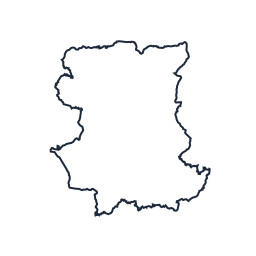 Moyahua de Estrada, Zacatecas, Mexico (orthographic projection), rotated 343°
{"feature_id": "50627088B96990632863849", "entity_name": "Moyahua de Estrada", "entity_type": "district", "adm_level": 2, "iso_a3": "MEX", "parent_name": "Mexico", "parent_adm1": "Zacatecas", "projection": "orthographic", "projection_center": [-103.164, 21.196], "detail": "fine", "context": "isolated", "style": "outline", "palette": "slate", "viewbox_px": 256, "rotation_deg": 343, "n_neighbors": 0, "source": "geoboundaries", "source_scale": "gbopen_adm2", "svg_char_len": 5771}
<svg xmlns="http://www.w3.org/2000/svg" viewBox="0 0 256 256"><g transform="rotate(343 128 128)"><path d="M192.9,191.7L191.1,190.6L189.9,190.3L190.4,189.2L189.9,188.2L188.7,187.9L188.0,190.9L184.4,191.6L183.4,193.1L182.3,192.7L182.0,192.4L182.4,190.9L182.0,190.4L182.5,190.0L182.2,189.5L181.5,189.4L182.3,188.1L182.6,185.4L183.6,184.2L180.9,184.2L180.3,183.6L179.0,183.5L177.5,183.5L176.9,183.9L176.4,182.4L176.9,182.1L177.1,181.5L176.7,181.1L175.8,181.1L175.4,180.6L173.9,179.8L173.0,180.7L172.6,180.4L172.1,179.8L172.4,177.6L172.1,176.9L171.2,176.8L171.2,176.2L170.4,175.7L170.2,174.5L169.3,173.5L169.6,173.1L169.0,172.9L169.0,172.2L168.5,172.2L168.4,170.4L170.3,170.0L170.2,169.2L172.9,167.6L177.2,166.5L177.8,165.7L179.3,165.8L180.8,164.7L182.3,162.8L182.8,159.8L183.9,158.6L184.1,157.3L184.9,156.3L181.3,149.8L181.3,149.0L182.3,147.6L182.4,146.7L180.5,145.1L180.5,143.6L179.0,141.4L178.8,139.1L177.5,137.3L177.0,134.2L177.3,131.5L177.1,129.5L177.6,128.1L178.5,127.6L179.1,126.5L180.2,126.6L180.4,124.1L181.2,123.9L181.6,123.1L182.9,122.1L184.5,122.3L184.6,121.7L186.2,119.2L186.3,118.9L185.1,118.5L181.4,117.7L180.9,116.8L181.2,115.6L183.2,113.7L183.8,110.1L184.8,108.8L185.8,104.9L186.4,104.3L186.9,102.8L189.8,98.8L193.0,96.1L193.6,95.2L193.3,93.9L190.2,92.2L188.5,89.3L189.9,89.5L193.1,86.5L194.6,86.0L194.9,85.5L196.2,84.9L197.5,84.7L199.0,83.6L200.1,83.5L201.5,82.1L203.4,80.8L203.9,79.5L205.8,78.9L207.0,77.6L207.3,74.0L206.7,72.2L206.7,70.5L208.3,66.4L208.7,64.4L208.1,63.0L207.6,62.5L206.8,62.5L204.4,63.5L204.0,62.9L201.8,62.5L201.0,62.9L200.7,63.7L199.8,63.8L198.2,63.6L197.3,63.0L192.9,62.5L190.1,61.3L187.7,61.2L186.9,60.6L185.7,61.5L184.6,61.6L180.6,60.0L180.5,59.1L179.6,59.1L179.3,58.2L178.7,57.8L176.3,57.4L176.3,57.0L175.0,56.8L174.2,56.1L172.8,55.9L170.2,56.2L169.7,56.7L166.7,57.4L165.9,57.8L164.0,60.5L162.4,60.9L161.6,60.1L161.8,59.8L160.4,57.1L158.6,55.6L158.9,54.4L159.7,53.4L160.0,51.8L159.7,49.1L159.5,48.6L159.1,48.7L158.7,47.4L156.5,46.5L155.7,46.8L155.0,46.2L151.9,45.5L145.4,42.6L142.5,42.0L141.9,42.9L140.6,42.7L139.3,43.3L138.1,44.6L134.4,44.6L132.6,43.9L131.8,44.9L130.6,45.1L130.2,44.8L130.6,43.3L128.8,42.8L125.4,43.7L124.1,43.5L124.5,42.7L122.8,42.2L123.6,41.6L124.1,41.7L124.1,41.3L122.0,41.2L120.8,41.6L119.7,40.8L116.5,40.9L115.1,40.2L113.7,39.0L111.4,39.4L110.7,38.1L108.9,36.7L106.8,37.9L104.6,37.4L103.2,38.4L101.5,37.8L100.7,36.8L100.5,35.9L99.2,35.0L96.9,34.9L94.9,36.0L92.7,36.1L91.2,36.8L89.2,38.8L88.5,40.8L87.7,41.8L85.7,43.3L84.7,43.4L85.1,44.4L85.4,46.5L85.0,46.8L84.7,48.7L84.3,49.3L84.8,50.5L84.4,51.4L85.2,52.0L85.2,52.5L85.6,52.7L86.1,52.2L86.8,52.2L87.4,52.9L88.7,53.4L88.2,54.5L89.5,56.0L89.1,57.7L89.5,59.6L89.1,61.4L90.0,62.1L89.9,63.7L89.4,63.8L88.1,63.1L88.5,62.4L87.5,61.1L86.2,60.9L86.2,60.1L85.0,59.9L85.5,59.3L85.0,58.6L84.5,58.5L84.1,59.1L83.6,59.1L83.2,58.2L82.7,58.7L82.3,58.4L81.4,58.9L79.3,58.9L74.8,62.6L74.7,63.8L73.6,63.8L73.0,64.8L72.1,64.5L71.7,64.9L71.9,66.2L70.7,66.7L70.4,67.9L72.6,71.6L71.8,73.0L72.2,74.5L71.5,75.1L70.0,75.5L69.7,76.5L70.5,77.6L70.7,78.8L70.6,80.5L70.9,81.0L72.4,81.8L72.4,83.2L73.4,84.3L73.4,86.4L79.2,90.0L79.9,92.8L80.3,92.5L81.2,92.6L82.5,92.9L83.1,93.4L83.7,93.0L83.7,93.4L84.5,93.3L84.8,94.1L85.6,94.4L86.4,94.1L86.6,94.6L86.3,95.2L86.6,95.5L88.9,95.6L89.3,96.0L89.3,97.3L87.7,97.9L87.8,98.6L85.0,104.5L83.8,106.3L82.1,107.7L81.9,108.4L82.5,110.3L83.2,111.9L84.7,113.4L84.5,117.0L80.6,120.6L78.9,123.0L78.7,124.3L77.9,124.9L77.3,124.9L76.5,123.3L75.6,122.8L73.8,123.5L71.6,125.2L69.4,125.7L65.5,125.3L63.8,125.4L62.7,125.9L60.8,125.8L58.1,127.1L57.1,128.1L56.2,128.3L56.6,127.2L56.2,125.0L55.4,124.5L54.2,128.0L51.2,126.5L50.4,125.7L50.4,125.4L49.4,124.8L47.4,126.7L47.3,128.0L50.8,129.6L52.3,134.5L53.7,135.7L54.0,136.6L57.1,148.9L57.2,150.3L58.2,153.6L57.7,155.8L58.0,156.4L57.9,158.0L57.1,160.3L55.4,162.3L54.9,163.5L55.0,164.6L54.5,167.0L54.8,168.0L59.9,170.6L63.5,172.0L65.3,173.6L66.4,174.0L67.1,173.8L69.7,174.6L71.0,174.2L72.3,175.6L73.8,176.3L74.5,176.4L75.5,175.8L76.7,176.0L79.5,179.5L79.4,181.1L79.1,181.4L76.9,181.7L76.4,182.4L76.6,183.5L75.9,186.1L76.4,187.6L76.1,188.8L76.2,191.8L74.0,194.0L74.9,196.5L74.8,197.5L73.8,199.0L72.2,199.3L71.8,199.8L71.5,201.7L73.3,200.7L72.9,202.1L73.5,202.2L73.9,201.6L74.2,201.7L74.2,202.3L75.0,203.1L75.9,202.2L77.1,202.6L77.7,201.8L79.1,202.2L79.7,201.3L80.4,201.1L81.2,201.7L81.2,202.5L83.9,204.6L87.0,204.3L88.3,203.4L90.2,200.5L91.4,200.5L93.0,199.3L94.7,200.1L95.2,198.5L96.5,197.9L97.1,196.7L99.1,196.5L100.6,195.3L100.7,194.6L101.3,194.5L102.4,196.2L102.8,196.1L103.3,195.5L103.7,195.6L103.8,196.8L104.9,197.5L104.5,198.1L105.8,199.9L106.4,199.9L106.8,199.3L107.2,199.4L108.0,200.6L109.5,199.6L111.1,200.2L112.9,199.8L113.9,200.4L113.4,201.8L113.7,202.7L113.4,203.2L111.9,203.6L111.9,204.2L113.5,205.2L114.0,206.7L114.8,207.4L113.7,208.5L113.9,209.8L114.7,209.5L115.3,209.8L115.8,209.2L116.9,209.0L117.5,207.7L118.9,207.3L119.3,208.6L119.7,209.0L122.0,208.6L122.4,209.2L122.5,208.9L124.9,208.7L126.1,209.4L126.8,210.7L127.4,210.8L127.9,210.2L129.7,210.4L129.2,209.3L129.4,208.4L131.3,209.8L135.7,210.7L136.3,212.7L137.2,213.5L138.2,213.5L139.0,212.9L139.8,214.0L141.3,213.0L142.5,216.1L144.2,217.3L145.7,217.0L147.4,218.2L148.0,219.3L147.9,220.1L149.3,221.0L150.4,221.1L151.6,220.4L154.5,215.2L154.0,213.9L152.8,213.3L153.4,212.3L156.0,212.3L156.4,211.9L158.8,211.6L159.7,213.0L161.4,212.9L162.9,213.2L164.5,215.5L167.0,214.2L169.0,213.6L173.7,213.4L174.9,212.7L178.0,209.0L179.6,208.9L180.8,208.0L181.3,208.7L181.9,207.8L183.0,207.4L182.5,206.5L183.1,206.1L183.6,205.1L185.1,204.2L186.3,203.0L186.8,200.9L187.9,199.6L188.9,199.2L189.1,196.7L190.0,195.9L190.5,196.2L192.1,195.0L192.3,195.2L193.4,193.1L193.6,191.4L194.0,191.2L193.7,190.8L192.9,191.7Z" fill="none" stroke="#1e293b" stroke-width="2"/></g></svg>